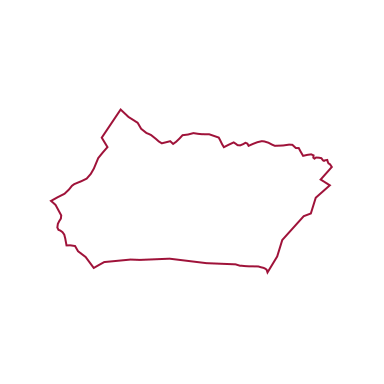 Santiago Lalopa, Oaxaca, Mexico (Equal Earth projection), rotated 64°
{"feature_id": "50627088B8129792994601", "entity_name": "Santiago Lalopa", "entity_type": "district", "adm_level": 2, "iso_a3": "MEX", "parent_name": "Mexico", "parent_adm1": "Oaxaca", "projection": "equal_earth", "projection_center": [-96.254, 17.416], "detail": "fine", "context": "isolated", "style": "outline", "palette": "rose", "viewbox_px": 384, "rotation_deg": 64, "n_neighbors": 0, "source": "geoboundaries", "source_scale": "gbopen_adm2", "svg_char_len": 1596}
<svg xmlns="http://www.w3.org/2000/svg" viewBox="0 0 384 384"><g transform="rotate(64 192 192)"><path d="M138.2,322.6L143.8,320.3L155.7,319.8L158.4,321.5L159.9,324.0L161.8,326.5L164.9,328.6L167.5,328.6L168.9,327.3L171.3,326.0L174.3,325.5L178.2,326.3L185.0,328.2L186.6,324.7L189.3,320.8L195.3,320.4L203.8,316.1L217.2,313.6L216.8,307.6L216.5,301.6L225.8,276.8L230.2,268.6L242.1,241.4L262.3,210.2L276.1,184.6L279.3,181.2L279.8,180.1L281.8,176.9L283.6,173.7L285.3,170.3L288.0,165.0L289.7,163.2L291.6,160.9L293.0,159.8L294.5,159.0L297.4,159.4L287.3,143.7L274.7,131.9L262.7,102.2L263.4,94.6L251.4,83.3L246.4,65.2L237.2,70.9L230.8,55.4L227.6,55.8L226.1,56.8L224.1,56.7L222.5,56.4L222.2,57.4L221.8,58.7L221.9,59.7L221.0,60.4L218.3,60.9L216.8,62.9L215.4,65.4L215.7,67.3L214.3,67.9L212.4,66.7L210.4,68.4L209.2,72.0L208.2,76.3L202.6,76.7L199.3,76.8L198.0,79.4L193.6,81.1L192.0,83.9L190.2,89.5L189.1,92.1L186.8,97.3L184.5,99.3L181.2,101.7L178.2,104.9L176.9,107.0L175.9,111.4L175.5,116.0L175.3,120.9L172.8,121.0L171.2,122.4L171.4,124.9L171.2,128.3L169.9,130.5L167.9,131.5L165.7,132.8L165.6,138.5L165.7,143.7L162.2,144.0L157.8,144.0L154.8,144.1L147.6,151.3L144.5,157.6L142.4,161.0L139.7,164.9L138.6,170.4L136.8,175.6L138.5,179.9L139.9,184.3L140.5,187.9L136.8,189.3L135.0,197.8L132.0,199.7L128.6,201.1L122.9,203.8L121.0,205.3L119.0,207.1L112.9,210.0L106.0,210.5L96.7,216.2L86.6,220.0L103.6,249.3L114.6,248.3L117.3,254.7L120.4,261.4L127.9,269.9L131.4,275.1L133.8,280.8L133.8,286.1L133.3,294.3L133.8,297.2L135.8,301.4L137.7,307.3L137.8,314.8L138.2,322.6Z" fill="none" stroke="#9f1239" stroke-width="2"/></g></svg>